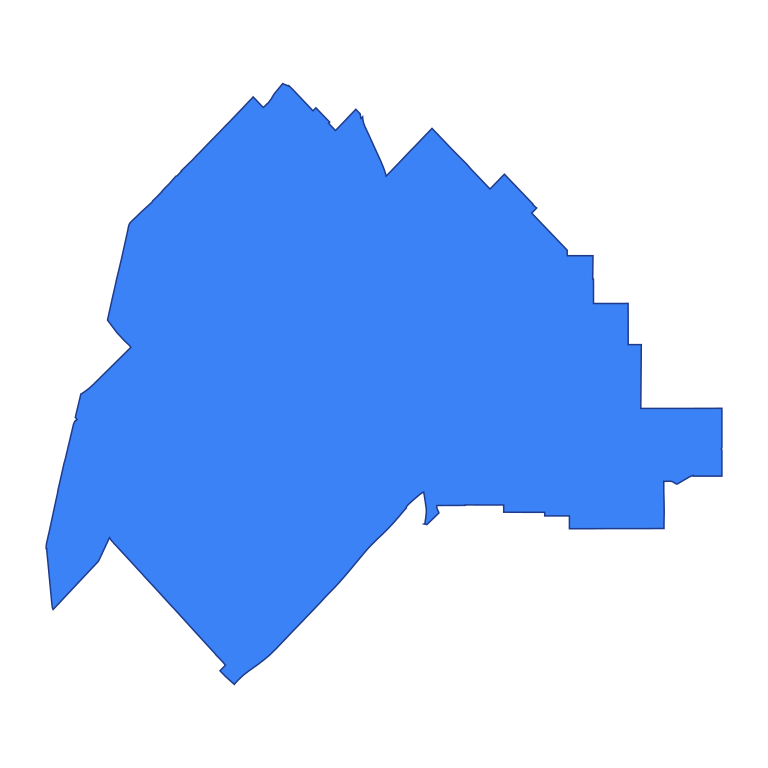 Gosnells, Western Australia, Australia (Natural Earth projection)
{"feature_id": "25037944B22326870513085", "entity_name": "Gosnells", "entity_type": "district", "adm_level": 2, "iso_a3": "AUS", "parent_name": "Australia", "parent_adm1": "Western Australia", "projection": "natural_earth1", "projection_center": [115.98, -32.068], "detail": "fine", "context": "isolated", "style": "filled", "palette": "blue", "viewbox_px": 768, "rotation_deg": 0, "n_neighbors": 0, "source": "geoboundaries", "source_scale": "gbopen_adm2", "svg_char_len": 5950}
<svg xmlns="http://www.w3.org/2000/svg" viewBox="0 0 768 768"><path d="M721.9,466.6L721.9,459.4L721.9,450.1L721.3,449.0L721.9,447.4L721.9,439.4L721.9,408.3L689.0,408.4L671.9,408.4L669.8,408.4L663.6,408.4L655.4,408.4L640.8,408.4L641.3,344.6L628.2,344.6L628.1,303.4L621.8,303.5L593.5,303.5L593.5,283.1L593.4,279.0L592.7,279.0L593.0,255.7L567.2,255.7L567.2,250.2L531.7,213.1L536.7,208.0L536.3,207.7L535.0,206.7L534.1,205.7L533.7,205.5L533.1,205.2L533.1,204.2L526.1,196.9L521.5,192.1L504.4,174.2L490.0,189.0L481.9,180.5L471.2,169.3L466.9,164.3L457.1,154.5L452.2,149.5L451.1,148.4L448.8,146.0L445.5,142.5L443.9,140.8L438.9,135.6L438.4,135.0L432.0,128.4L423.2,137.5L421.5,139.3L417.6,143.4L413.5,147.7L412.4,148.7L403.7,157.8L402.0,159.6L396.8,165.1L396.3,165.6L392.8,169.2L391.6,170.5L388.3,173.9L386.2,176.1L386.0,175.4L385.2,172.7L384.6,170.6L383.8,168.5L383.0,166.4L382.1,164.3L382.0,164.0L381.0,161.6L376.6,152.0L375.2,148.9L371.8,141.4L365.6,127.9L365.1,127.0L364.7,126.0L364.3,124.9L363.9,123.9L363.6,122.8L363.3,121.8L363.1,120.7L362.9,119.6L362.7,118.3L362.6,116.9L361.8,117.9L361.1,118.6L360.8,117.9L360.2,113.9L358.8,112.4L355.8,109.3L350.7,114.6L345.7,119.9L340.6,125.2L335.5,130.5L328.6,123.3L329.7,122.1L322.7,114.9L320.5,112.6L316.2,108.1L315.9,107.8L313.0,110.8L312.7,110.5L307.5,105.0L307.2,104.7L298.0,95.0L292.8,89.5L288.9,85.7L288.6,85.6L288.4,86.0L287.9,85.7L285.0,84.6L282.7,83.6L274.5,93.5L272.5,96.6L271.3,98.9L269.6,101.0L269.4,101.4L269.0,101.9L268.3,102.8L267.5,103.6L267.3,103.8L266.9,103.9L266.1,104.7L264.4,106.5L263.3,107.4L262.3,106.5L261.0,105.2L259.8,103.9L255.5,99.3L253.1,96.9L252.9,97.3L247.1,103.3L246.8,103.7L230.9,120.3L230.6,120.7L225.7,125.6L222.6,128.9L214.0,137.7L213.6,138.1L213.2,138.5L204.1,147.8L202.6,149.5L200.7,151.4L198.6,153.6L197.1,155.0L192.3,160.2L190.4,161.9L186.6,165.7L182.9,169.2L181.1,171.1L181.4,171.4L179.8,173.0L177.0,175.9L175.9,176.2L171.1,181.6L169.3,183.7L165.0,187.9L164.3,188.7L161.8,191.4L161.4,192.0L161.6,192.1L160.1,193.7L159.9,193.6L158.1,195.6L157.9,195.8L157.8,196.0L157.7,196.3L157.4,196.3L157.2,196.5L154.6,199.0L152.6,200.9L152.0,202.2L149.4,204.5L144.6,208.9L143.8,209.6L141.2,212.0L140.5,212.7L135.2,217.8L133.7,219.2L131.4,221.4L131.0,221.8L130.6,222.2L130.2,222.7L129.6,223.6L129.1,224.6L128.7,225.7L127.2,233.0L125.9,238.9L121.7,257.8L121.6,258.3L118.8,270.1L116.8,278.2L116.7,278.6L114.8,287.4L112.5,297.4L107.5,320.1L116.7,332.4L117.9,333.7L118.8,334.7L119.9,335.8L121.5,337.6L122.2,338.4L123.9,340.2L125.5,341.8L127.8,343.9L129.1,345.1L130.4,346.7L130.9,347.3L103.9,374.0L95.1,382.7L93.8,384.1L92.3,385.4L90.8,386.8L89.3,388.1L87.8,389.3L86.4,390.4L84.5,391.8L81.7,393.6L80.8,394.1L80.0,397.7L76.0,414.3L75.3,417.5L76.8,419.0L77.1,419.4L76.3,420.3L76.0,420.7L75.4,420.5L74.6,421.8L74.0,422.9L73.4,424.6L73.0,426.2L72.2,429.8L72.0,430.7L71.4,433.0L70.8,435.5L70.4,437.2L70.1,438.7L69.5,441.2L69.3,442.0L68.8,444.1L68.6,444.8L67.7,448.7L67.6,449.2L67.4,450.0L67.2,451.0L66.5,453.7L66.2,454.9L66.0,456.0L65.4,458.5L63.9,463.8L63.6,465.2L63.1,467.4L61.1,476.4L59.2,484.8L57.9,490.5L57.4,493.8L56.2,499.1L52.9,514.5L49.7,529.4L48.8,533.5L48.7,533.9L48.3,535.4L47.9,537.2L47.7,538.3L47.1,540.9L46.9,541.7L46.5,543.6L46.4,544.5L46.2,545.8L46.1,546.8L46.1,547.8L46.1,548.6L46.6,548.6L47.5,558.0L47.5,558.3L47.5,558.6L47.6,558.9L48.9,572.8L51.6,601.4L51.8,603.1L51.9,604.8L52.1,605.7L52.3,607.4L52.8,608.9L53.1,609.5L59.4,602.9L64.2,597.7L80.6,580.2L97.3,562.5L97.7,562.1L98.3,561.3L98.9,560.4L99.3,559.5L107.4,542.2L109.2,538.1L109.6,537.6L109.9,538.1L110.2,538.7L110.4,539.1L110.8,539.6L111.1,540.1L111.3,540.4L111.5,540.7L111.8,540.9L112.0,541.3L113.0,542.2L113.3,542.6L113.8,543.3L114.2,543.8L115.9,545.4L119.4,549.3L124.7,555.0L124.8,555.1L132.9,563.9L133.0,564.0L137.9,569.4L142.5,574.3L144.0,576.1L154.0,586.9L161.8,595.4L172.1,606.7L173.3,607.9L188.8,624.9L196.3,633.2L213.8,652.3L214.5,653.0L215.1,653.8L215.8,654.6L216.1,655.1L219.8,658.8L223.6,663.0L225.4,665.2L222.4,668.3L220.0,670.8L225.4,676.4L234.3,684.4L235.7,682.7L237.3,681.0L238.5,679.7L241.3,677.1L242.9,675.6L244.3,674.4L246.0,673.1L247.1,672.3L248.3,671.3L250.6,669.7L258.8,663.8L264.6,659.3L266.6,657.6L268.7,655.9L269.7,655.0L274.0,650.8L276.1,648.8L278.8,645.9L281.2,643.4L288.0,636.3L291.1,633.0L293.7,630.3L297.8,626.1L306.1,617.4L312.9,610.3L314.1,609.0L314.5,608.7L316.4,606.6L319.7,603.2L321.7,601.0L326.5,595.8L335.4,586.7L339.3,582.4L341.9,579.5L343.1,578.1L347.0,573.6L349.1,571.1L351.7,568.0L353.9,565.3L355.8,563.0L357.7,560.8L359.0,559.2L360.3,557.6L362.6,554.9L363.6,553.7L364.9,552.1L366.1,550.7L367.2,549.5L368.4,548.1L370.6,545.8L372.0,544.4L373.1,543.3L374.5,541.9L376.0,540.4L377.7,538.7L378.8,537.7L382.5,534.2L383.6,533.1L384.6,532.1L385.5,531.2L386.6,530.1L388.5,528.2L389.6,527.0L390.6,525.9L391.9,524.6L394.4,521.9L397.0,518.8L398.4,517.3L399.0,516.5L399.7,515.8L400.6,514.6L401.6,513.4L402.9,511.9L404.2,510.4L405.2,509.3L405.9,508.4L406.4,508.0L406.3,506.9L407.5,505.4L408.9,504.0L412.7,500.5L419.6,494.6L422.7,492.5L423.7,492.1L424.3,495.6L425.1,500.7L425.7,504.9L425.9,506.7L426.2,508.1L426.3,510.4L426.2,513.3L426.0,514.8L425.8,517.4L425.2,521.2L424.9,523.5L424.0,523.9L426.2,524.4L426.9,524.6L427.0,524.5L438.9,513.0L438.6,511.9L437.3,509.2L437.1,508.4L436.6,506.8L437.0,505.5L437.4,505.5L464.8,505.4L465.2,505.4L465.2,504.9L482.3,505.0L485.4,505.0L503.7,505.0L503.7,512.2L506.5,512.2L525.7,512.3L544.7,512.3L544.7,515.9L563.4,515.9L569.4,515.9L569.4,528.7L575.4,528.7L581.5,528.7L593.0,528.7L606.6,528.6L621.1,528.6L631.2,528.6L646.4,528.6L657.1,528.5L664.0,528.5L664.0,523.0L664.2,512.0L664.1,506.4L664.1,503.8L663.8,491.9L663.8,484.1L663.7,481.3L664.0,481.4L670.1,481.2L670.9,481.3L671.7,481.4L672.4,481.7L673.1,482.0L673.4,482.3L676.0,483.8L676.5,484.0L677.0,484.0L677.4,483.9L677.9,483.8L678.3,483.5L678.6,483.2L688.2,477.6L689.4,476.9L690.6,476.4L691.2,476.1L693.2,475.4L693.2,476.1L721.9,476.1L721.9,466.6Z" fill="#3b82f6" stroke="#1e3a8a" stroke-width="1.5"/></svg>